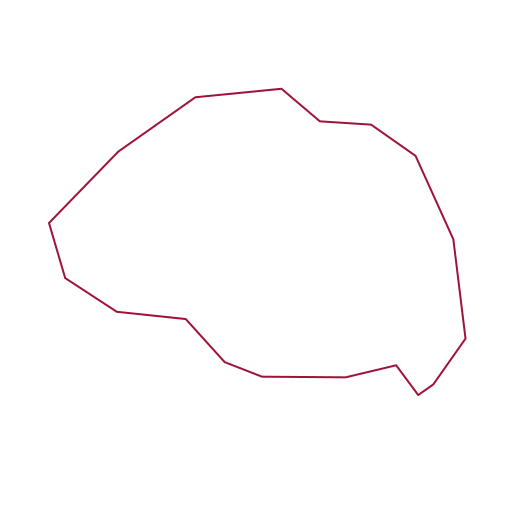 SVG path tracing the border of Mauritius, rotated 259°
{"feature_id": "MUS", "entity_name": "Mauritius", "entity_type": "country or territory", "adm_level": 0, "iso_a3": "MUS", "parent_name": "Seven seas (open ocean)", "parent_adm1": "", "projection": "albers", "projection_center": [57.545, -20.252], "detail": "fine", "context": "isolated", "style": "outline", "palette": "rose", "viewbox_px": 512, "rotation_deg": 259, "n_neighbors": 0, "source": "natural_earth", "source_scale": "50m", "svg_char_len": 390}
<svg xmlns="http://www.w3.org/2000/svg" viewBox="0 0 512 512"><g transform="rotate(259 256 256)"><path d="M323.9,431.7L234.7,452.9L134.9,445.9L96.1,405.5L88.6,388.7L122.0,372.7L119.8,320.8L136.4,238.8L157.8,205.0L207.5,175.0L227.8,108.7L270.7,64.5L327.9,59.1L384.8,140.8L423.4,226.8L415.3,312.9L376.0,344.4L363.0,394.0L323.9,431.7Z" fill="none" stroke="#9f1239" stroke-width="2"/></g></svg>